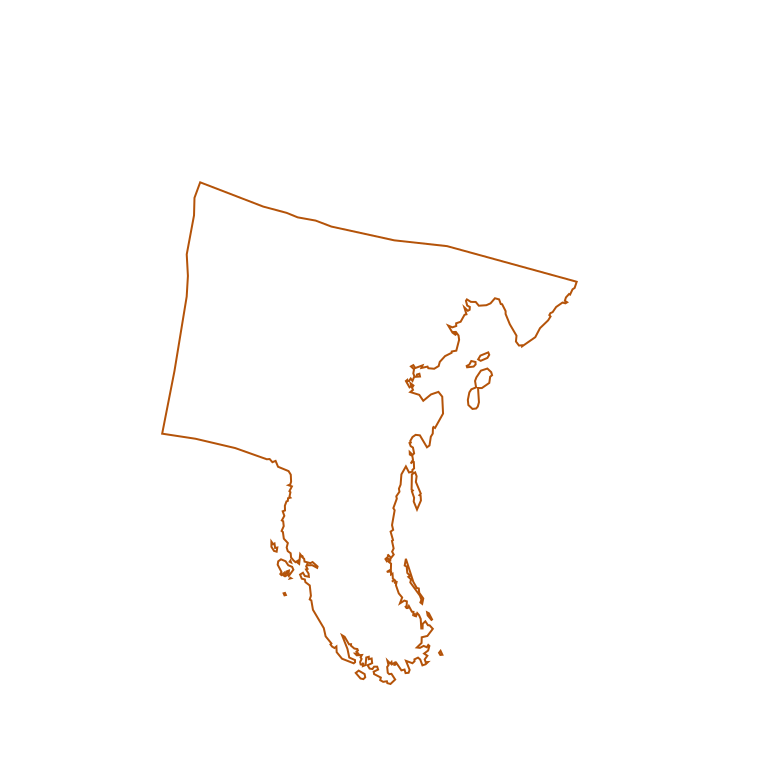 Fakfak, Papua Barat, Indonesia, rotated 241°
{"feature_id": "22746128B79106566109504", "entity_name": "Fakfak", "entity_type": "district", "adm_level": 2, "iso_a3": "IDN", "parent_name": "Indonesia", "parent_adm1": "Papua Barat", "projection": "mercator", "projection_center": [132.521, -3.203], "detail": "fine", "context": "isolated", "style": "outline", "palette": "amber", "viewbox_px": 768, "rotation_deg": 241, "n_neighbors": 0, "source": "geoboundaries", "source_scale": "gbopen_adm2", "svg_char_len": 6180}
<svg xmlns="http://www.w3.org/2000/svg" viewBox="0 0 768 768"><g transform="rotate(241 384 384)"><path d="M649.5,321.0L638.7,308.5L623.6,299.6L593.0,274.3L573.6,264.9L556.1,253.8L496.9,207.0L448.1,165.9L427.5,192.6L400.1,222.8L375.0,245.0L373.8,247.6L369.7,248.5L369.3,251.9L363.0,251.2L354.1,258.3L349.9,258.5L343.6,255.4L341.6,253.3L341.8,251.4L339.1,253.8L336.1,249.3L334.7,249.7L331.3,246.7L330.0,247.0L330.6,244.7L328.4,243.2L328.6,241.8L325.6,238.3L321.4,236.1L321.8,233.7L317.0,232.9L314.2,228.5L312.9,229.3L308.3,227.4L305.1,223.2L303.5,223.8L297.3,221.4L291.5,222.8L288.2,219.6L284.5,218.8L281.2,220.3L277.3,218.6L273.3,219.4L271.1,220.2L271.2,223.2L269.8,221.7L267.8,222.6L275.8,228.2L273.0,228.6L273.0,230.0L272.4,228.5L269.8,229.4L267.2,228.4L263.0,232.8L262.9,235.2L256.6,237.4L255.6,236.4L260.3,233.4L262.4,229.4L263.8,229.7L262.2,227.5L259.4,227.5L259.7,225.9L254.7,226.1L251.8,224.8L254.5,221.7L258.2,221.6L258.0,218.2L253.6,217.7L251.4,220.0L248.8,219.2L243.8,221.4L234.2,217.4L231.6,214.6L229.9,215.5L221.0,212.4L199.7,213.0L191.6,210.6L182.6,212.2L182.2,210.9L179.5,211.3L177.1,212.7L177.5,215.1L172.4,212.6L164.1,214.1L154.4,222.1L154.7,223.8L156.6,224.8L161.6,221.0L170.0,223.6L184.6,225.5L182.0,227.0L173.3,227.2L172.4,229.0L171.3,228.2L167.0,229.8L165.1,232.2L163.6,232.0L163.4,230.3L161.0,230.7L162.3,228.0L159.9,228.6L157.7,233.3L156.3,231.0L154.4,231.1L152.4,228.3L150.0,227.6L149.1,228.7L150.2,230.7L147.5,228.8L147.1,231.6L153.4,235.9L152.8,238.4L150.7,237.3L149.9,240.1L145.6,238.3L146.0,233.3L142.1,233.4L140.3,235.7L141.6,238.3L140.1,241.0L137.1,240.4L137.4,235.5L135.1,234.7L128.8,238.9L126.8,237.1L123.9,238.9L122.6,242.4L120.7,241.9L118.5,244.2L120.1,250.5L126.9,250.0L127.7,247.9L129.6,247.3L135.0,249.6L135.9,251.6L140.4,252.9L136.5,253.9L137.2,255.8L135.0,255.1L135.1,258.2L133.3,257.0L133.0,257.8L134.0,259.6L125.1,260.4L124.3,263.5L120.7,262.7L119.5,265.5L121.5,267.8L131.2,269.0L126.0,273.5L126.7,276.3L128.4,277.1L128.2,281.1L125.5,282.1L119.3,281.2L118.7,284.5L119.5,287.7L120.5,285.6L123.4,286.1L125.3,290.2L128.8,288.4L129.5,293.4L132.9,296.7L134.3,296.2L133.0,293.8L135.7,291.7L135.8,287.5L137.6,285.0L139.3,291.3L144.2,294.2L142.6,299.8L146.2,308.0L150.8,306.9L151.7,305.5L156.4,305.1L155.5,301.6L151.5,299.2L152.1,298.1L160.7,302.2L164.9,302.6L167.5,302.0L165.3,299.4L166.5,298.2L167.8,299.2L168.0,297.7L170.4,299.3L171.3,298.0L177.8,298.1L176.5,296.2L177.1,295.1L178.7,294.9L179.0,296.3L182.8,298.6L184.7,296.8L184.4,291.6L188.5,296.4L193.7,295.4L202.3,296.9L204.5,298.8L205.1,296.3L205.1,298.6L207.4,298.2L207.4,295.0L207.4,298.2L209.5,297.4L214.0,299.5L214.0,297.8L216.6,299.3L218.3,295.4L218.4,300.1L223.5,303.1L227.2,301.4L226.4,303.8L227.6,304.6L229.9,301.6L228.6,300.5L230.2,300.4L231.1,304.2L233.1,304.6L228.5,305.9L230.1,309.8L233.4,309.8L235.5,312.7L242.9,314.9L243.1,316.2L251.7,318.2L252.0,321.3L256.7,322.6L268.4,332.1L270.9,332.0L277.5,339.6L279.8,340.3L282.3,345.3L285.2,346.3L287.9,349.7L296.5,355.4L301.3,363.2L294.5,363.0L293.5,366.4L295.1,367.2L295.6,369.4L301.4,372.3L302.3,372.0L301.5,368.8L303.6,372.6L307.4,373.9L309.8,372.4L312.0,373.5L308.1,374.7L308.7,376.7L314.4,378.5L316.7,377.2L320.0,377.7L319.8,379.1L321.4,379.3L323.8,383.2L324.2,387.0L321.7,390.5L307.8,390.9L308.2,394.0L315.2,399.4L317.0,402.6L321.8,405.5L322.4,406.4L320.8,407.3L329.5,421.3L344.7,428.8L350.7,427.8L352.1,420.1L350.3,410.2L357.4,409.6L364.2,403.1L364.8,406.5L367.1,406.7L368.4,409.0L371.8,407.6L368.9,406.8L368.7,404.7L376.0,404.6L376.3,406.3L375.1,405.9L374.5,407.2L375.8,410.0L372.9,410.4L376.0,414.3L379.1,414.8L382.3,417.4L386.3,416.1L386.3,418.8L382.8,419.1L381.6,426.7L379.9,424.5L378.1,430.5L376.3,430.4L373.0,435.3L373.2,440.5L376.3,443.5L378.8,450.9L378.5,458.2L379.6,459.0L378.1,463.4L386.2,471.1L390.3,472.7L394.7,472.1L395.5,470.5L391.7,470.7L395.7,468.8L404.0,468.5L400.4,471.3L399.7,475.3L402.1,476.5L401.3,481.2L405.5,488.0L405.0,489.9L412.0,491.4L407.4,492.8L407.4,494.9L409.8,496.4L412.3,494.8L417.0,496.0L417.8,497.5L413.7,499.8L411.3,504.0L406.5,504.9L403.3,511.7L402.9,516.3L405.2,522.6L402.2,525.7L397.4,524.9L396.5,526.0L388.8,525.7L386.3,524.3L375.3,523.0L362.0,523.3L357.2,520.0L352.2,520.7L350.9,523.6L350.0,523.1L351.6,539.0L357.2,547.5L360.1,558.4L362.3,562.4L364.1,562.0L365.3,563.9L365.1,566.3L367.9,571.9L368.7,579.6L366.6,581.8L366.7,583.8L369.1,582.5L371.5,585.1L373.0,589.5L372.0,590.1L375.4,594.8L375.6,597.3L380.0,602.1L474.0,506.0L504.7,462.6L547.2,414.3L560.1,403.4L571.6,389.3L580.9,381.8L597.7,364.4L649.5,321.0ZM324.7,447.6L319.3,449.3L317.9,452.7L318.8,455.1L322.0,458.2L334.9,464.3L333.0,467.6L333.9,476.6L338.9,480.4L339.3,482.8L342.4,483.5L347.4,481.9L348.7,475.2L345.0,468.0L342.5,465.1L336.4,462.9L337.0,457.8L335.3,454.6L329.4,449.6L324.7,447.6ZM266.8,353.0L258.2,352.0L264.2,359.8L268.4,361.8L269.6,361.1L270.2,363.0L282.9,364.4L287.5,367.8L291.6,368.4L291.5,364.6L278.2,356.9L276.9,357.6L276.4,356.3L269.9,355.2L266.8,353.0ZM277.5,203.4L269.2,203.2L268.1,201.2L266.6,201.6L267.1,204.5L265.6,203.1L263.8,204.2L263.8,205.6L265.5,205.5L267.3,207.9L266.9,210.4L265.1,209.1L265.7,207.6L262.3,207.7L265.5,214.7L268.6,215.0L271.9,212.4L276.7,212.0L280.6,208.9L280.2,205.5L277.5,203.4ZM177.1,312.1L175.3,309.9L173.2,310.8L177.4,314.4L184.3,313.6L188.3,315.3L189.7,313.8L196.7,313.7L220.5,318.4L215.2,314.1L213.3,315.3L207.5,312.8L203.5,313.8L203.5,311.8L200.0,312.9L197.7,310.8L181.5,312.8L177.1,312.1ZM139.7,226.4L145.6,222.9L145.0,219.2L137.8,220.7L135.9,222.9L136.6,225.4L139.7,226.4ZM361.1,490.5L362.1,482.1L359.9,478.3L357.4,479.8L356.7,487.1L358.5,490.2L361.1,490.5ZM358.9,474.7L361.8,471.5L359.6,468.0L359.7,465.1L358.3,464.8L355.8,470.8L356.7,473.6L358.9,474.7ZM296.2,206.6L291.3,206.9L289.4,208.8L292.7,211.4L293.4,209.3L297.6,210.9L297.6,209.4L300.7,209.1L296.2,206.6ZM163.4,311.0L160.4,310.0L154.7,311.1L154.8,311.9L161.7,312.1L163.4,311.0ZM375.8,419.9L376.3,417.5L374.7,415.7L373.1,419.1L375.8,419.9ZM119.7,301.9L118.9,303.8L123.2,304.1L122.2,301.8L119.7,301.9ZM249.3,196.1L249.6,194.7L247.4,194.5L247.0,195.9L249.3,196.1ZM274.9,216.5L274.3,215.3L273.0,216.2L274.9,216.5ZM259.2,208.5L259.9,208.1L259.5,207.4L259.2,208.5Z" fill="none" stroke="#b45309" stroke-width="2"/></g></svg>